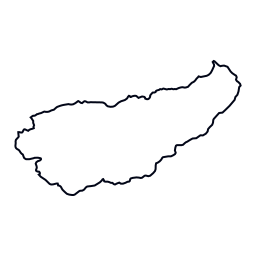 the district of Armenis, Caras-Severin, Romania
{"feature_id": "2599482B91959331026404", "entity_name": "Armenis", "entity_type": "district", "adm_level": 2, "iso_a3": "ROU", "parent_name": "Romania", "parent_adm1": "Caras-Severin", "projection": "equal_earth", "projection_center": [22.398, 45.223], "detail": "fine", "context": "isolated", "style": "outline", "palette": "ink", "viewbox_px": 256, "rotation_deg": 0, "n_neighbors": 0, "source": "geoboundaries", "source_scale": "gbopen_adm2", "svg_char_len": 5173}
<svg xmlns="http://www.w3.org/2000/svg" viewBox="0 0 256 256"><path d="M227.5,66.8L224.1,65.6L221.9,65.8L220.5,66.2L218.6,65.2L214.5,61.3L213.7,61.0L212.7,62.0L214.0,64.5L214.1,66.0L213.3,67.7L212.5,69.5L211.6,71.3L210.6,73.0L208.7,74.8L206.7,75.8L200.8,77.0L198.6,76.4L198.0,77.2L197.2,78.0L196.5,78.7L195.9,79.5L195.3,80.4L193.8,81.8L192.8,82.3L192.0,82.7L191.5,83.1L190.6,84.0L189.7,84.9L188.8,85.9L188.0,86.8L185.8,87.5L184.6,87.6L182.6,87.2L181.6,87.3L180.9,87.4L180.2,87.6L179.5,87.8L178.8,88.0L178.1,88.3L177.5,88.6L176.8,88.9L176.2,89.2L174.8,89.0L174.3,89.1L173.9,89.2L173.5,89.2L173.1,89.2L172.6,89.0L172.2,88.9L171.7,88.8L171.3,88.8L170.6,89.0L170.3,89.1L170.1,89.1L169.8,89.1L169.5,89.1L169.2,89.0L168.9,89.0L168.6,89.0L168.2,89.1L167.9,89.2L167.6,89.3L166.5,89.4L163.6,88.6L163.2,88.6L162.8,88.8L162.5,89.0L162.2,89.2L161.3,89.4L161.0,89.2L160.7,89.2L160.4,89.1L160.1,89.1L159.2,89.8L156.8,90.5L156.1,90.9L155.5,92.1L154.4,92.5L152.6,92.6L150.8,94.6L150.2,95.5L150.2,95.8L150.2,96.1L150.1,96.4L150.1,96.8L150.0,97.0L149.9,97.3L149.6,97.7L149.5,98.0L149.2,98.3L148.9,98.6L148.5,98.9L148.1,99.1L147.4,99.2L146.9,99.1L146.5,99.1L146.1,98.9L145.6,98.8L145.2,98.6L145.1,98.2L145.1,97.7L144.8,97.3L144.3,96.9L142.9,96.6L142.1,96.5L141.2,96.8L140.3,97.2L139.4,97.5L138.5,97.9L136.8,96.4L136.3,96.0L136.0,95.9L135.5,95.8L134.9,95.8L134.4,95.8L133.8,95.9L132.2,96.3L130.9,97.0L130.4,97.0L129.7,96.0L128.9,95.8L128.0,96.8L127.1,98.4L125.1,99.9L123.8,100.4L121.2,101.2L118.6,102.6L115.0,105.8L114.3,106.1L113.7,106.4L113.0,106.6L112.3,106.7L110.4,106.8L107.8,106.3L106.5,105.4L105.3,103.8L103.5,102.7L102.0,102.4L90.3,102.2L89.3,102.4L87.6,102.4L87.0,102.1L86.3,101.7L85.6,101.4L84.8,101.2L84.0,101.5L82.1,103.1L81.0,102.9L78.4,101.1L77.7,101.3L77.2,101.8L76.6,102.2L76.1,102.6L75.5,103.0L74.9,103.4L74.3,103.7L73.7,104.0L73.1,104.3L71.7,104.5L71.2,104.5L70.6,104.5L69.9,104.4L69.2,104.3L68.6,104.1L67.3,104.3L65.5,104.6L63.7,104.9L61.9,105.3L60.2,105.8L57.2,106.9L56.1,107.7L53.9,109.7L51.4,110.4L49.2,111.5L47.9,111.8L47.1,111.9L46.2,111.9L45.4,111.8L44.7,111.6L44.0,111.7L41.0,113.1L40.1,113.3L39.3,113.5L38.5,113.8L37.7,114.1L36.9,114.2L36.5,114.6L36.0,114.9L35.6,115.2L35.1,115.5L34.8,115.6L34.6,115.7L34.3,115.7L33.9,115.8L33.6,115.8L33.2,115.7L32.1,116.3L31.8,116.6L31.5,116.9L31.1,117.1L30.7,117.4L31.4,118.2L32.0,119.1L32.6,120.0L33.2,120.9L33.2,122.9L34.1,125.2L33.5,126.8L33.8,128.2L33.0,128.5L32.3,128.8L31.5,129.0L30.7,129.2L29.3,129.8L28.2,130.8L27.5,130.5L26.8,130.2L26.1,129.9L25.4,129.5L24.3,129.3L23.7,129.8L22.5,132.1L22.0,132.5L21.3,132.5L20.8,132.5L20.4,132.4L20.0,132.3L19.6,132.2L19.1,132.1L18.3,132.1L18.3,133.0L18.7,136.6L18.4,137.1L17.8,137.8L17.1,138.5L16.5,139.2L15.9,139.9L15.6,141.4L15.7,143.1L15.4,145.9L15.5,146.6L15.6,147.2L15.9,147.8L16.2,148.3L16.7,148.7L17.2,149.1L17.7,149.4L18.2,149.6L19.2,150.4L20.7,152.7L21.7,153.8L22.7,154.4L23.1,155.1L23.3,155.9L23.6,156.6L23.9,157.4L24.3,158.1L25.8,159.1L26.4,159.2L27.1,159.2L27.7,159.2L28.3,159.2L29.3,159.2L33.6,158.2L34.6,157.8L37.9,157.7L40.3,158.2L40.9,158.5L41.0,159.3L40.5,160.0L39.8,160.5L37.7,161.2L36.3,162.3L35.7,163.7L36.6,166.2L36.8,167.8L36.6,168.3L36.4,168.9L36.2,169.4L36.0,170.0L36.1,170.7L37.3,171.5L39.1,171.7L39.5,172.2L39.9,173.0L39.8,174.0L38.8,174.6L40.7,176.7L41.9,177.5L43.1,178.3L44.3,179.1L45.5,179.9L49.6,183.9L51.1,184.5L53.0,184.4L56.6,183.5L57.7,183.5L57.8,183.9L58.0,184.4L58.0,184.9L58.1,185.4L58.4,185.4L58.6,185.5L58.9,185.6L59.2,185.7L59.6,185.8L60.6,186.5L61.2,187.3L61.5,187.9L61.8,188.6L62.2,189.2L62.6,189.8L64.0,191.2L65.5,192.6L66.9,193.8L68.9,194.5L69.8,194.7L70.6,194.8L71.3,194.9L72.0,195.0L72.7,195.0L73.4,195.0L74.7,194.6L78.5,191.7L79.3,191.1L80.0,190.8L82.4,190.6L84.1,189.6L85.9,187.4L87.2,186.5L89.0,186.3L90.9,186.1L92.8,185.8L94.7,185.5L99.9,182.3L101.7,180.6L102.6,179.3L103.2,179.1L103.5,179.6L103.8,180.1L104.1,180.7L104.2,181.3L105.0,181.6L105.8,181.7L106.5,181.7L107.1,181.7L107.8,181.7L108.6,181.9L109.5,182.2L110.3,182.6L111.1,182.9L112.5,182.9L113.6,184.0L114.5,184.4L115.3,184.4L116.6,183.6L117.3,183.4L117.9,183.1L118.6,182.9L119.2,182.6L120.9,183.7L122.9,183.7L124.0,183.3L125.2,182.9L126.3,182.4L127.4,181.8L129.1,181.6L129.7,181.1L130.3,179.0L130.7,178.5L132.6,177.9L136.5,177.4L138.9,177.6L140.8,178.0L142.1,177.7L144.4,175.9L145.1,175.6L146.0,175.6L148.3,176.2L150.2,175.7L153.2,173.1L155.0,171.0L155.6,169.1L155.7,165.3L156.1,163.3L157.8,162.6L159.7,161.3L161.2,159.7L162.3,157.8L163.0,157.2L168.4,156.3L171.0,156.3L172.1,155.8L173.1,155.3L174.1,154.7L175.0,154.1L175.7,152.8L174.9,150.4L175.4,147.4L176.0,145.7L176.8,145.2L177.9,145.1L179.0,145.1L180.1,145.1L181.1,145.2L183.0,144.8L184.8,143.1L186.0,142.2L187.4,141.6L188.6,140.8L189.9,140.0L191.3,139.2L192.6,138.5L196.3,138.2L200.4,135.3L202.9,135.4L205.8,133.7L207.6,131.5L208.1,129.1L209.7,127.2L212.2,124.8L213.0,122.7L213.3,119.9L213.8,118.9L219.1,113.0L222.5,112.6L225.2,110.1L229.5,105.9L234.6,99.9L235.4,97.0L237.4,94.8L238.5,91.4L239.2,87.1L240.6,85.6L240.1,83.9L238.4,82.1L237.8,81.7L237.0,81.2L236.0,79.7L236.7,77.2L236.0,75.6L235.1,75.1L234.3,74.6L233.5,74.0L232.7,73.5L232.2,73.1L230.6,71.5L227.5,66.8Z" fill="none" stroke="#020617" stroke-width="2"/></svg>